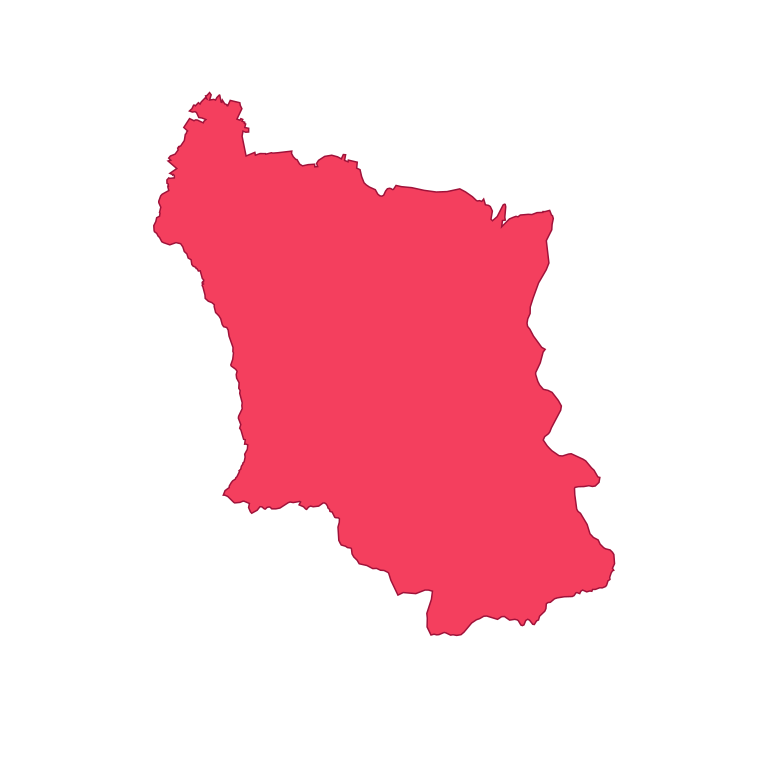 Pucheni, Dâmbovita, Romania (Natural Earth projection), rotated 110°
{"feature_id": "2599482B36978763272246", "entity_name": "Pucheni", "entity_type": "district", "adm_level": 2, "iso_a3": "ROU", "parent_name": "Romania", "parent_adm1": "Dâmbovita", "projection": "natural_earth1", "projection_center": [25.287, 45.196], "detail": "fine", "context": "isolated", "style": "filled", "palette": "rose", "viewbox_px": 768, "rotation_deg": 110, "n_neighbors": 0, "source": "geoboundaries", "source_scale": "gbopen_adm2", "svg_char_len": 6171}
<svg xmlns="http://www.w3.org/2000/svg" viewBox="0 0 768 768"><g transform="rotate(110 384 384)"><path d="M455.7,508.8L464.0,509.6L465.9,509.2L471.1,504.7L474.9,504.5L476.3,502.6L484.0,497.0L483.8,495.3L488.2,494.4L487.7,493.1L487.8,491.2L492.1,490.1L497.6,490.9L500.2,489.5L504.9,488.8L506.6,489.6L507.5,489.2L510.0,489.9L513.1,489.5L515.1,490.6L515.8,489.9L521.5,490.5L522.7,491.2L524.1,491.1L526.8,493.1L528.9,493.8L532.9,494.5L534.2,494.0L538.5,496.9L543.4,497.0L542.9,495.5L543.1,492.4L546.6,484.7L546.8,483.6L544.5,478.8L542.3,476.4L542.0,475.3L542.3,469.6L546.4,469.0L549.8,465.8L550.7,464.1L546.0,460.0L541.7,458.6L541.2,456.7L542.3,453.7L542.1,452.7L540.0,451.7L538.8,449.9L538.8,448.6L539.7,446.8L538.3,442.9L536.1,439.3L528.4,433.5L527.0,431.9L526.5,428.8L523.2,423.0L523.4,422.0L526.6,422.5L526.9,417.6L528.3,414.8L528.3,413.8L525.4,412.8L523.8,411.2L523.6,408.6L521.1,403.6L516.7,400.6L516.1,399.1L516.6,397.2L518.1,395.3L519.7,394.2L520.4,392.4L522.2,391.2L522.1,388.9L526.0,384.8L526.2,384.0L525.4,381.0L525.9,379.8L529.3,378.7L534.2,378.3L546.4,373.0L548.6,370.7L549.9,369.1L549.6,364.6L550.2,362.4L549.5,359.1L549.9,358.3L554.6,355.9L556.9,353.2L558.8,349.0L561.4,345.8L560.4,338.0L561.3,331.4L559.8,327.9L560.2,323.6L559.2,320.2L559.7,315.8L560.2,314.9L566.1,310.4L577.6,298.7L573.4,294.6L570.1,282.4L563.6,275.0L562.4,271.6L562.1,267.6L570.1,265.8L584.9,265.3L589.3,263.2L597.6,260.4L603.8,254.0L602.0,251.4L601.7,248.7L600.7,246.6L596.9,242.5L596.7,240.7L597.2,235.5L596.0,233.4L595.4,229.7L593.2,225.9L589.9,224.0L578.6,219.9L573.9,216.5L571.8,213.9L568.1,210.8L566.9,208.1L566.3,196.8L562.4,193.9L561.3,191.3L562.9,185.2L560.4,180.6L560.1,178.1L560.5,176.8L563.7,172.9L563.7,171.3L562.5,170.1L557.7,169.9L555.9,168.4L556.2,166.4L558.9,162.1L558.6,160.5L554.4,159.6L552.9,158.1L549.0,158.4L542.5,155.2L539.7,155.0L535.0,156.3L533.4,155.3L532.2,153.0L527.5,150.3L525.7,148.0L522.3,141.9L519.3,134.4L517.8,133.0L514.6,132.2L514.0,131.4L514.0,128.4L511.5,128.2L509.7,126.9L510.0,122.4L508.1,119.8L507.7,117.8L505.8,117.8L504.7,115.1L501.7,111.6L500.9,109.1L498.5,106.5L496.9,106.0L492.4,106.2L490.4,104.8L488.5,105.8L483.8,105.9L481.4,105.4L480.5,104.4L479.0,106.3L474.0,105.9L465.6,109.7L464.0,111.7L462.6,114.8L463.1,119.5L462.7,121.6L460.6,126.1L457.3,129.4L456.6,134.7L454.3,139.2L446.5,145.1L438.3,155.2L437.4,158.1L435.7,160.1L422.9,166.8L416.9,169.3L415.8,169.1L414.0,166.2L412.0,161.1L409.5,156.7L409.0,153.1L407.6,150.6L402.9,148.3L398.0,149.2L398.2,150.8L397.9,151.6L393.2,157.1L391.8,160.4L387.3,168.1L386.6,171.2L385.5,184.2L386.7,186.6L390.6,191.7L391.5,195.0L389.3,203.4L387.9,206.4L386.3,209.5L382.2,215.2L378.5,215.0L374.4,212.4L372.1,211.8L367.8,211.7L348.2,209.0L344.0,209.8L339.9,214.5L334.4,223.2L333.9,227.7L334.5,232.4L331.8,237.3L328.9,240.4L323.2,244.7L321.4,245.4L310.7,244.4L299.6,245.4L296.3,244.4L295.6,248.4L287.8,260.0L282.7,265.6L280.7,268.8L277.9,270.4L273.6,271.2L267.8,270.8L261.6,272.9L252.2,273.3L236.1,273.3L221.1,270.6L213.9,270.4L193.8,280.5L181.7,279.1L176.7,280.6L170.6,281.5L168.3,283.2L167.9,284.4L164.2,287.7L167.0,291.8L167.6,293.6L168.4,293.4L170.6,298.8L174.2,303.0L175.2,306.4L178.6,313.7L181.1,315.3L181.3,317.3L183.2,319.6L186.0,322.6L196.0,327.2L189.9,328.6L188.5,326.1L186.0,327.5L175.9,330.2L173.8,331.5L173.9,332.4L175.0,333.3L188.0,334.9L193.5,337.9L192.6,339.8L184.4,341.3L180.9,344.8L180.4,346.8L180.9,350.0L176.1,353.6L179.0,354.6L179.0,356.9L180.0,358.6L180.0,359.9L177.8,364.9L175.6,373.1L174.7,379.5L181.6,390.5L185.7,400.5L188.3,412.5L190.0,425.1L192.6,435.1L193.3,440.6L197.9,441.7L198.4,442.6L198.0,444.3L198.2,445.8L199.4,447.6L202.1,448.5L206.7,448.9L208.2,450.2L208.6,452.2L207.7,454.8L204.4,458.6L203.9,465.1L203.0,468.7L201.7,471.6L196.7,476.0L190.8,479.8L190.5,483.5L184.7,485.0L185.8,494.1L187.5,493.8L187.4,497.5L181.7,498.5L182.3,500.7L187.0,501.1L186.4,505.3L186.9,511.4L190.4,517.6L196.2,522.0L199.7,522.8L202.4,520.7L203.6,523.3L201.2,524.4L203.8,530.3L206.9,535.2L206.2,538.5L202.9,542.5L203.1,543.8L201.4,547.1L198.9,549.8L196.7,550.3L203.0,562.9L205.1,567.5L205.2,568.9L208.5,573.7L208.0,574.1L209.9,579.4L213.0,583.1L210.5,584.6L216.9,591.6L199.7,602.1L194.6,603.0L194.7,600.1L193.5,597.4L190.0,598.6L190.6,602.6L187.0,602.9L186.9,604.3L185.7,604.4L185.6,607.3L183.7,607.2L183.6,609.3L185.4,609.6L185.4,612.8L173.9,611.7L171.4,614.3L169.0,615.7L170.1,625.5L176.0,626.0L176.1,626.8L175.3,627.2L175.2,629.5L172.5,633.0L174.8,632.7L174.8,633.5L168.8,637.1L168.8,637.6L171.9,639.0L174.8,639.4L174.8,641.4L176.8,645.0L171.4,645.3L169.8,647.6L173.4,649.0L174.3,650.2L176.6,648.1L176.3,649.9L181.4,652.2L183.9,652.6L183.1,654.6L187.1,656.4L186.8,657.6L187.1,658.3L190.9,658.6L194.0,660.2L194.0,657.1L192.7,654.7L193.1,653.0L196.9,649.2L196.3,646.2L196.4,641.8L198.6,643.0L200.4,643.2L199.8,649.8L200.3,651.4L201.6,652.6L201.1,657.5L211.4,659.9L213.4,655.1L214.8,655.7L216.2,655.4L217.3,656.1L223.5,654.9L229.9,656.5L231.1,658.1L231.5,657.7L232.9,658.6L234.5,657.5L239.4,658.9L242.8,662.7L245.4,663.6L246.6,660.9L248.3,663.2L252.4,652.4L259.3,657.3L259.5,654.6L260.0,654.1L259.2,653.5L260.1,652.2L262.0,651.5L264.1,655.8L263.9,656.7L266.5,657.8L269.6,656.6L269.7,655.5L270.5,654.8L272.0,654.8L272.0,654.2L273.1,654.3L275.8,652.4L281.6,657.4L283.6,658.2L289.3,658.2L290.7,657.6L294.2,654.2L299.7,653.6L300.0,652.9L303.1,652.3L305.5,654.5L309.4,654.0L313.9,654.5L318.3,652.6L319.4,651.8L320.2,649.1L322.4,646.7L323.0,645.1L326.3,641.5L326.6,639.5L326.5,632.9L322.3,627.8L321.7,623.1L324.0,619.9L327.8,617.0L329.2,613.7L332.6,611.1L333.2,607.8L337.4,605.5L338.5,603.8L338.8,600.7L339.7,600.1L339.7,598.9L341.3,597.1L340.5,595.4L346.9,590.9L348.0,588.9L349.7,588.6L349.6,589.2L350.6,589.6L351.5,589.3L351.8,587.9L352.9,588.7L353.8,588.5L354.4,587.6L361.5,582.7L364.7,581.3L366.3,577.4L366.4,573.6L367.5,570.6L369.3,570.1L374.4,566.7L376.4,562.5L378.5,559.8L383.4,556.4L385.0,554.3L384.7,551.1L386.6,548.9L392.0,546.0L401.3,538.4L405.2,537.1L406.2,536.1L412.5,534.6L418.5,534.5L419.4,533.6L420.9,528.4L422.3,526.4L425.7,526.1L428.9,524.5L432.4,520.6L437.7,519.0L439.3,517.0L442.1,516.4L450.2,510.8L453.0,510.2L455.7,508.8Z" fill="#f43f5e" stroke="#9f1239" stroke-width="1.5"/></g></svg>